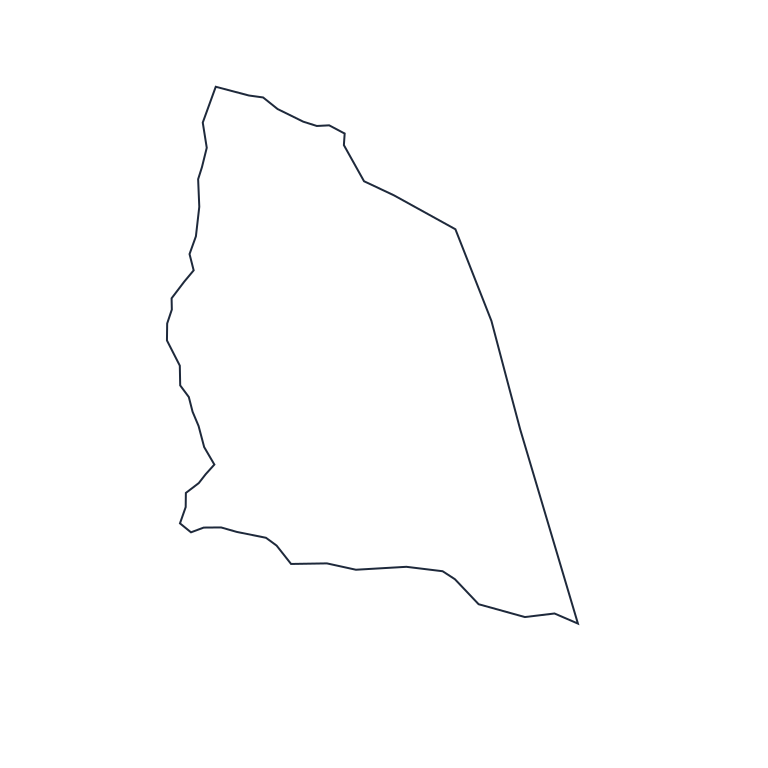 the district of Serra de São Bento, Rio Grande do Norte, Brazil, rotated 114°
{"feature_id": "56859067B16323144797596", "entity_name": "Serra de São Bento", "entity_type": "district", "adm_level": 2, "iso_a3": "BRA", "parent_name": "Brazil", "parent_adm1": "Rio Grande do Norte", "projection": "natural_earth1", "projection_center": [-35.714, -6.42], "detail": "fine", "context": "isolated", "style": "outline", "palette": "slate", "viewbox_px": 768, "rotation_deg": 114, "n_neighbors": 0, "source": "geoboundaries", "source_scale": "gbopen_adm2", "svg_char_len": 850}
<svg xmlns="http://www.w3.org/2000/svg" viewBox="0 0 768 768"><g transform="rotate(114 384 384)"><path d="M524.0,109.4L370.1,241.1L337.4,267.5L282.7,311.5L213.6,381.7L207.6,451.6L206.9,484.7L182.1,517.8L171.2,521.8L170.0,539.3L175.6,550.3L177.2,564.5L176.1,593.0L171.4,611.0L175.4,624.8L180.9,658.6L218.9,655.9L240.3,642.0L260.0,638.5L272.5,637.1L297.3,624.8L325.6,615.9L344.4,614.5L357.6,604.1L371.7,608.1L392.1,612.9L402.3,608.1L416.9,606.7L432.5,600.0L450.3,578.0L468.2,569.6L475.3,557.0L487.2,547.6L497.8,536.3L514.8,522.6L526.6,506.2L538.9,510.2L549.8,512.9L564.1,520.7L577.1,515.1L594.3,513.7L598.0,500.0L588.5,490.3L581.3,474.5L579.0,458.3L572.5,429.3L575.3,416.4L586.2,395.7L571.1,363.2L565.1,334.1L541.9,289.2L531.2,254.3L533.5,239.8L546.7,208.0L539.6,160.5L524.3,134.9L524.0,109.4Z" fill="none" stroke="#1e293b" stroke-width="2"/></g></svg>